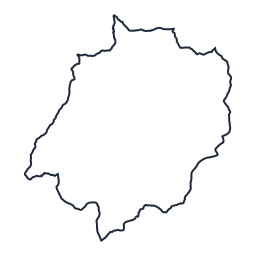 the district of Carcasí, Santander, Colombia
{"feature_id": "7082276B77034388589017", "entity_name": "Carcasí", "entity_type": "district", "adm_level": 2, "iso_a3": "COL", "parent_name": "Colombia", "parent_adm1": "Santander", "projection": "albers", "projection_center": [-72.585, 6.658], "detail": "fine", "context": "isolated", "style": "outline", "palette": "slate", "viewbox_px": 256, "rotation_deg": 0, "n_neighbors": 0, "source": "geoboundaries", "source_scale": "gbopen_adm2", "svg_char_len": 5698}
<svg xmlns="http://www.w3.org/2000/svg" viewBox="0 0 256 256"><path d="M215.1,48.3L213.1,50.1L212.2,51.0L211.9,51.7L211.3,52.1L210.2,52.0L209.0,52.2L203.4,54.7L202.8,54.5L201.5,53.9L199.6,53.4L199.0,53.4L196.9,54.3L196.6,54.1L195.2,52.1L193.4,50.9L192.9,50.1L191.8,49.1L190.5,48.5L189.5,47.5L184.7,47.5L183.1,47.8L181.4,47.8L180.3,47.7L180.1,47.5L178.2,44.2L177.7,42.9L176.8,41.5L176.9,40.3L176.7,39.0L175.2,36.7L174.9,35.9L174.6,33.2L174.1,32.7L173.2,32.4L172.6,31.6L172.8,30.8L173.7,29.2L173.8,28.8L172.7,28.8L170.2,29.3L164.2,29.2L163.1,29.0L160.4,27.9L159.3,27.8L158.2,28.1L156.6,28.3L152.8,30.1L151.3,30.3L150.7,30.7L150.1,30.9L148.4,30.7L146.4,31.0L144.5,30.8L143.7,30.6L142.2,29.8L141.4,29.5L140.2,29.6L139.0,30.1L138.1,30.1L137.1,30.4L136.1,30.3L134.7,30.7L133.7,30.7L132.3,30.8L131.1,30.6L129.4,30.6L128.8,30.1L127.7,28.5L126.5,27.1L124.3,25.2L124.2,24.8L122.9,23.4L122.5,21.9L122.0,21.7L121.0,21.7L120.5,21.4L119.8,20.5L119.3,20.0L118.1,19.6L117.6,18.8L116.8,17.1L116.5,16.8L115.7,16.5L115.4,16.4L115.2,16.0L114.4,15.7L114.0,15.4L113.6,16.0L113.6,16.5L114.1,18.2L114.2,19.9L114.6,21.8L114.7,22.7L114.4,23.7L113.9,24.8L113.8,25.5L113.1,26.2L113.2,26.7L113.0,27.6L113.4,28.5L112.9,28.5L112.8,28.8L113.4,29.6L113.6,30.2L113.5,31.3L114.0,31.3L114.0,31.7L113.2,32.8L113.5,33.3L114.0,35.3L113.9,35.9L114.1,36.4L114.0,37.0L114.0,37.4L115.3,40.1L115.3,42.8L115.1,43.5L114.1,44.8L111.9,47.4L111.8,48.2L111.5,48.7L110.0,50.0L109.9,50.4L109.2,50.5L107.6,50.4L106.4,50.7L105.5,50.7L104.6,50.9L104.0,50.8L102.5,50.5L101.8,50.6L100.9,51.0L100.4,51.9L99.8,52.4L99.3,53.1L97.7,53.3L96.6,54.2L95.8,54.6L94.8,55.5L92.1,56.1L89.9,55.6L88.7,55.9L88.1,55.9L86.5,55.0L84.3,54.5L82.8,55.2L81.8,55.4L80.6,55.3L77.8,54.5L77.4,54.8L77.5,55.2L79.0,57.0L79.3,57.9L79.3,59.1L79.5,59.9L79.3,61.7L79.4,63.3L79.3,63.5L79.1,63.7L77.4,63.9L76.6,64.2L74.9,65.3L74.3,65.5L73.0,67.4L71.5,68.6L71.4,69.1L72.5,70.7L73.0,72.0L73.2,72.8L73.2,74.7L74.6,78.3L74.6,78.9L74.4,79.2L73.7,79.7L71.9,80.3L70.8,81.7L69.7,85.7L69.5,88.1L69.3,89.0L69.3,90.2L69.5,91.4L69.2,94.8L68.3,97.5L68.2,98.3L67.5,100.5L66.6,102.2L65.8,103.2L64.9,104.0L63.4,104.6L62.8,105.2L62.2,106.3L61.5,107.8L59.3,110.2L58.8,111.2L58.5,112.2L56.3,115.6L55.6,118.2L54.7,118.9L53.9,119.8L53.5,121.9L52.9,122.9L52.1,124.0L51.4,124.5L50.5,124.8L50.1,125.2L48.0,128.6L47.2,129.7L46.6,132.0L46.2,132.6L44.0,134.7L42.8,135.3L41.2,136.0L39.3,137.8L37.1,139.0L36.5,139.7L36.3,140.1L36.2,141.4L36.0,141.9L34.9,143.4L35.0,144.7L35.4,146.3L35.4,146.8L35.3,147.5L34.6,148.5L34.2,148.7L33.7,149.3L33.3,150.0L32.8,151.6L30.7,155.1L31.0,156.9L30.7,161.5L31.2,162.9L30.6,165.9L29.6,167.2L27.6,169.0L27.2,170.0L25.4,172.5L25.1,173.2L24.9,173.8L25.1,174.9L26.8,176.6L27.5,177.9L28.0,178.5L29.1,179.1L30.1,179.5L30.6,179.4L31.9,178.0L32.8,177.2L34.4,176.8L36.5,175.8L37.1,175.8L37.5,176.1L37.8,176.2L39.9,176.3L40.8,176.0L41.5,176.3L41.7,176.2L41.7,175.3L42.1,175.0L42.9,174.7L43.9,174.1L44.2,173.1L44.4,173.0L46.5,173.6L47.4,173.4L48.0,173.4L49.4,174.0L50.3,174.7L51.5,175.1L53.1,174.8L53.5,175.0L54.3,175.9L54.7,175.9L56.0,175.2L57.2,174.3L57.8,174.0L58.0,174.9L58.6,180.0L58.7,181.4L58.6,183.6L58.2,184.6L56.5,186.8L56.6,187.8L56.9,189.0L57.4,190.0L59.9,195.3L60.5,196.2L61.2,198.1L61.6,198.7L63.5,200.2L64.4,201.1L67.1,202.7L71.4,204.5L73.2,205.7L75.0,208.1L75.9,208.6L77.6,208.7L80.3,209.9L81.1,209.9L81.9,209.4L84.6,207.0L85.4,206.1L85.9,205.2L87.1,203.8L88.2,203.2L89.4,202.7L90.5,202.5L94.5,202.4L96.0,202.7L96.5,203.1L97.5,204.7L97.8,206.0L98.7,207.0L98.7,207.9L98.6,208.9L98.7,209.7L99.3,211.7L99.7,213.6L98.9,216.6L96.5,220.5L97.0,225.8L97.0,227.1L97.2,228.5L97.2,230.1L97.7,232.5L99.4,235.8L99.6,236.5L100.3,237.9L101.1,240.3L101.3,240.6L102.5,239.7L105.1,237.8L106.4,236.5L108.5,233.9L110.4,231.9L112.1,232.0L113.8,230.7L114.6,230.5L115.6,230.6L116.4,230.2L117.3,230.0L118.3,229.9L119.5,230.4L120.9,230.5L123.4,230.2L123.9,228.8L124.0,227.6L123.8,226.0L123.7,225.3L124.1,223.8L125.0,222.6L125.8,222.0L130.5,220.5L132.1,220.3L133.4,219.7L134.9,218.6L136.5,216.4L137.0,216.3L138.0,216.6L138.2,216.4L138.6,214.9L138.5,213.1L138.7,212.4L139.2,212.1L139.5,211.6L139.9,210.2L140.3,209.6L140.8,209.2L141.8,209.2L143.1,208.6L143.5,208.0L143.5,207.2L143.8,206.7L144.9,205.5L145.5,205.1L146.2,204.9L147.7,205.5L149.3,205.3L150.4,205.5L153.5,205.6L154.8,205.8L157.5,207.1L160.1,209.0L162.3,211.4L163.2,212.1L163.9,212.3L165.8,212.2L166.4,212.4L166.9,211.5L169.0,209.1L170.9,208.0L171.2,206.9L171.5,206.4L173.3,205.7L177.5,204.8L178.0,204.3L178.9,203.9L180.9,203.4L181.9,203.6L183.4,203.1L184.5,200.0L185.0,199.2L184.8,198.5L184.9,197.6L185.2,196.6L189.2,191.8L190.8,188.8L190.6,185.3L190.6,182.5L191.4,179.3L191.4,174.0L191.8,172.3L192.7,170.9L196.3,166.8L197.3,164.7L198.7,162.6L200.3,161.2L202.2,160.0L202.8,159.5L206.5,157.8L210.6,157.2L214.3,156.3L217.2,155.2L217.6,154.3L217.4,153.5L215.6,150.8L215.4,149.9L215.6,148.8L216.2,148.1L217.2,147.2L218.1,146.1L220.3,144.2L222.9,142.6L223.4,142.0L223.5,140.4L223.1,138.1L222.4,136.8L222.4,136.3L226.6,134.4L228.3,133.2L229.4,131.9L229.5,131.1L230.2,128.9L230.2,127.3L229.8,125.6L229.7,123.4L229.2,120.2L229.1,116.2L228.9,114.9L229.1,114.2L229.9,113.1L230.2,112.2L230.2,111.8L229.9,111.2L229.4,110.5L228.9,109.4L227.9,106.8L225.5,104.0L224.0,101.6L223.9,100.9L224.2,99.8L225.0,98.8L226.3,96.9L227.2,94.9L227.6,93.6L228.6,92.3L229.3,90.6L230.0,87.6L230.9,85.6L230.8,84.5L230.4,83.3L230.2,81.6L230.5,80.2L230.9,79.4L231.1,77.4L230.6,76.3L230.0,75.8L229.5,74.9L228.7,74.1L228.2,73.3L228.1,72.8L228.0,71.8L228.2,70.8L228.3,68.5L228.6,67.2L228.5,66.4L227.5,63.7L227.3,62.0L227.0,61.6L225.1,60.2L223.0,58.9L222.2,58.1L221.4,56.0L219.5,55.0L216.9,52.8L215.6,50.6L215.3,49.6L215.1,48.3Z" fill="none" stroke="#1e293b" stroke-width="2"/></svg>